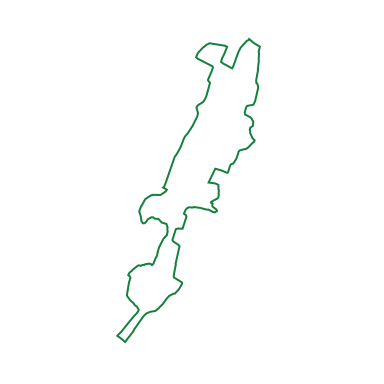 the district of Guazacapán, Santa Rosa, Guatemala, rotated 17°
{"feature_id": "79465075B7979151806096", "entity_name": "Guazacapán", "entity_type": "district", "adm_level": 2, "iso_a3": "GTM", "parent_name": "Guatemala", "parent_adm1": "Santa Rosa", "projection": "natural_earth1", "projection_center": [-90.43, 14.006], "detail": "fine", "context": "isolated", "style": "outline", "palette": "green", "viewbox_px": 384, "rotation_deg": 17, "n_neighbors": 0, "source": "geoboundaries", "source_scale": "gbopen_adm2", "svg_char_len": 3124}
<svg xmlns="http://www.w3.org/2000/svg" viewBox="0 0 384 384"><g transform="rotate(17 192 192)"><path d="M214.4,33.1L207.7,31.5L201.9,29.0L201.7,30.0L200.0,31.8L196.6,39.2L196.3,39.8L195.4,45.1L194.7,60.1L194.2,62.0L184.5,60.1L181.7,59.1L181.7,55.1L182.5,50.7L183.1,42.9L180.8,42.5L165.4,44.6L162.7,47.1L162.2,47.9L161.7,48.8L160.3,50.6L157.0,57.3L156.5,61.9L158.6,62.9L174.8,65.8L175.6,66.8L175.6,69.6L174.5,80.1L174.9,80.7L175.5,81.2L176.4,81.7L177.3,82.4L177.7,96.7L176.8,101.3L176.1,102.9L173.5,105.9L172.5,107.1L172.2,107.7L171.9,108.4L171.7,109.0L171.6,109.9L174.2,114.0L174.7,114.8L174.9,118.5L173.2,128.7L170.9,136.7L169.1,140.9L168.6,143.6L168.0,152.4L166.4,160.0L165.2,163.5L164.1,192.1L163.8,195.2L163.1,196.2L167.2,197.1L167.0,198.1L166.7,199.2L166.1,199.9L162.7,204.1L156.1,205.9L155.5,206.5L154.7,206.4L151.6,209.7L149.3,212.7L147.9,220.0L147.5,220.5L147.2,225.9L148.0,227.1L150.5,230.8L150.8,232.1L151.7,233.2L151.8,234.2L154.1,236.3L155.8,235.7L156.8,234.1L157.8,230.9L160.6,228.0L162.1,227.6L164.4,228.4L167.6,227.6L168.9,228.2L172.1,230.1L176.9,230.0L179.2,233.4L179.1,234.5L180.2,236.7L180.6,240.5L178.4,245.0L176.7,254.6L176.7,258.5L177.1,263.2L176.9,264.8L176.6,265.3L176.1,271.8L175.1,273.6L173.9,273.0L171.8,273.0L169.6,274.3L168.5,274.6L167.5,275.9L166.3,276.0L164.5,277.7L163.3,277.5L161.9,278.1L158.4,283.1L157.0,285.8L155.8,287.3L155.3,290.1L157.6,291.1L158.2,292.2L158.2,297.0L159.6,307.4L160.1,310.1L161.1,311.0L164.4,313.5L169.0,315.6L170.0,316.8L172.8,317.7L175.5,320.2L175.4,321.9L174.3,324.9L172.9,327.4L168.2,338.8L165.5,345.8L163.6,349.4L162.6,351.4L163.1,351.6L164.7,352.0L167.9,353.2L170.6,354.5L171.9,355.0L173.1,351.6L176.7,342.2L176.7,340.8L181.9,325.1L183.7,321.7L186.9,318.9L191.7,316.5L193.7,313.6L197.0,307.3L198.6,302.3L200.6,298.0L203.7,294.9L205.2,294.3L207.5,289.8L207.9,288.7L209.2,283.6L209.2,282.1L208.8,281.4L208.2,281.2L207.6,281.1L199.7,279.0L199.2,278.2L198.7,275.1L197.7,266.0L197.3,265.5L195.9,247.5L194.6,246.6L188.6,244.8L187.3,243.6L187.4,232.3L189.2,231.0L193.7,229.9L193.9,217.1L192.9,215.9L190.6,215.1L191.1,210.8L192.2,208.7L193.6,207.5L197.4,206.6L198.3,205.8L204.5,204.8L210.8,204.6L213.1,204.0L217.5,205.0L219.8,204.8L221.4,202.9L220.9,202.1L220.5,201.6L219.9,201.4L216.0,200.0L215.6,199.5L215.3,198.9L215.1,198.0L215.1,197.1L213.2,196.6L213.4,195.7L214.8,194.1L218.2,190.8L218.7,189.6L218.5,186.9L218.0,186.1L217.1,182.2L216.6,181.8L215.2,177.5L211.7,177.0L205.1,178.1L207.5,162.9L214.0,162.8L219.8,163.4L220.5,163.1L220.7,162.4L220.7,156.0L221.0,154.6L221.4,153.9L222.0,153.5L223.0,152.8L223.7,150.9L224.7,147.0L224.8,144.6L224.8,139.5L225.7,138.1L229.8,135.6L230.8,135.4L232.8,132.8L234.7,129.0L236.1,126.5L236.7,126.0L236.8,124.3L235.5,123.6L234.1,122.8L230.3,118.5L229.8,116.6L229.0,115.6L228.9,113.6L230.9,110.9L230.1,107.0L229.6,106.4L226.6,103.6L220.2,102.4L219.1,100.4L219.1,94.7L219.6,93.5L224.7,90.9L225.1,90.4L225.3,89.7L225.8,86.7L224.9,73.8L224.3,71.6L222.6,69.2L221.8,69.1L220.7,66.4L219.8,58.7L219.5,55.8L219.1,55.5L217.7,47.6L216.7,44.6L216.4,43.3L215.8,40.6L214.8,38.6L214.4,33.1Z" fill="none" stroke="#15803d" stroke-width="2"/></g></svg>